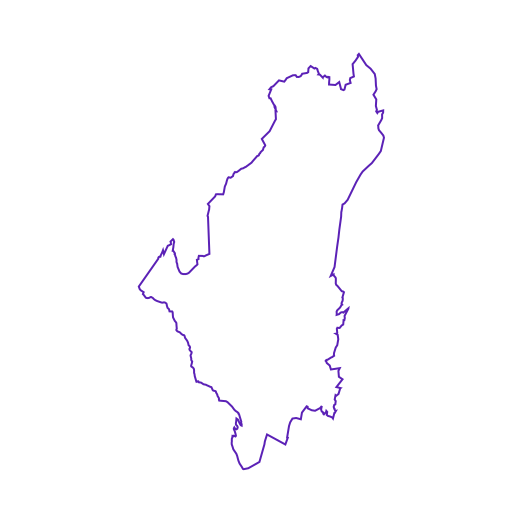 Ahuehuetitla, Puebla, Mexico, rotated 7°
{"feature_id": "50627088B39189624478389", "entity_name": "Ahuehuetitla", "entity_type": "district", "adm_level": 2, "iso_a3": "MEX", "parent_name": "Mexico", "parent_adm1": "Puebla", "projection": "equal_earth", "projection_center": [-98.198, 18.232], "detail": "fine", "context": "isolated", "style": "outline", "palette": "violet", "viewbox_px": 512, "rotation_deg": 7, "n_neighbors": 0, "source": "geoboundaries", "source_scale": "gbopen_adm2", "svg_char_len": 6089}
<svg xmlns="http://www.w3.org/2000/svg" viewBox="0 0 512 512"><g transform="rotate(7 256 256)"><path d="M342.7,404.9L344.6,402.2L344.7,401.2L345.7,402.1L345.6,405.1L347.0,406.0L348.7,406.2L351.3,406.9L352.2,407.9L352.9,402.3L353.3,402.2L354.2,400.0L353.7,400.2L352.5,398.4L352.5,398.0L352.2,397.9L351.5,396.3L351.8,394.3L352.8,393.6L352.8,390.3L351.6,388.8L351.9,384.6L352.5,385.1L354.7,382.9L355.7,377.1L356.0,376.8L351.8,376.3L356.9,367.8L353.0,365.8L351.8,360.0L352.8,357.1L344.2,359.5L342.5,355.7L339.3,353.6L338.6,352.2L337.9,351.6L338.0,351.3L338.3,350.9L339.0,350.4L339.5,350.4L342.9,347.6L344.2,346.9L344.4,346.5L345.7,345.5L345.3,344.0L345.3,342.6L346.3,337.1L347.1,335.5L347.5,334.7L347.8,328.6L346.7,324.3L344.8,323.4L345.9,323.1L346.0,322.4L345.1,318.4L345.5,317.3L347.4,317.3L347.8,317.2L349.5,314.5L350.9,313.4L350.8,309.9L350.7,309.0L351.5,308.9L351.7,306.8L351.2,304.7L354.1,297.0L354.1,296.6L349.6,301.5L349.0,301.2L347.6,301.5L346.9,301.9L345.5,303.6L343.2,304.6L343.2,303.6L342.8,301.5L342.9,300.9L343.3,299.9L345.1,297.7L345.5,297.2L346.1,296.1L346.8,294.3L347.5,293.8L346.7,292.9L346.8,291.6L347.4,290.0L347.4,288.3L347.2,287.0L346.8,286.7L347.7,281.2L346.7,280.6L345.4,280.5L341.8,277.0L340.4,275.7L339.1,274.8L338.5,273.5L338.2,270.3L338.0,268.7L337.6,267.7L335.5,265.8L335.3,264.8L332.6,266.7L335.3,257.4L335.4,236.9L335.6,227.6L335.5,219.5L335.7,206.6L335.3,201.8L335.4,201.5L335.6,198.0L335.6,194.4L337.5,193.0L340.1,189.1L346.5,170.4L349.9,162.3L351.6,159.1L356.7,153.0L359.7,149.6L365.5,139.7L367.1,136.6L368.6,123.0L367.7,120.9L365.3,118.5L362.7,116.1L361.9,114.4L361.5,112.1L361.3,111.6L363.7,106.0L364.4,103.8L363.9,100.1L364.7,98.2L364.5,96.0L359.6,98.0L359.0,99.3L357.7,97.8L358.2,96.2L356.7,92.5L356.3,85.9L352.9,81.6L354.7,77.9L355.4,75.7L354.3,72.3L353.1,65.3L351.7,60.9L346.9,56.1L342.2,53.1L333.5,42.9L332.5,44.3L333.0,45.9L330.9,50.0L328.5,53.8L330.5,63.0L331.3,65.9L327.9,67.9L327.7,69.9L328.8,72.7L324.1,75.1L323.5,80.0L322.6,80.7L320.0,80.0L319.7,79.0L317.4,73.2L314.0,76.6L307.6,76.9L307.4,74.7L307.3,71.8L307.0,69.5L305.6,69.4L305.3,70.0L304.2,69.8L302.4,68.5L301.1,69.9L300.5,70.3L300.5,70.8L297.3,68.2L295.9,68.2L296.3,67.6L294.6,64.5L294.2,63.3L293.9,62.8L292.0,62.1L291.1,62.8L287.1,60.8L285.2,63.4L285.4,67.2L284.3,68.1L279.6,69.5L279.4,70.2L278.4,72.1L276.6,73.1L274.7,73.3L273.3,71.7L270.7,72.1L264.8,75.8L264.1,77.3L262.8,79.5L257.4,78.9L252.5,85.4L252.3,85.4L250.4,86.7L249.1,88.8L250.8,88.8L249.0,95.5L250.1,97.8L251.3,97.7L253.0,100.4L255.6,104.0L256.1,104.2L257.2,105.7L257.4,106.6L256.6,106.5L258.6,109.8L257.7,109.8L259.1,117.8L258.4,119.3L254.3,130.5L247.5,139.1L251.7,145.0L251.5,145.8L251.2,146.4L250.4,147.2L249.9,150.0L249.0,151.0L247.7,152.7L247.6,153.5L246.9,154.1L246.6,155.5L246.2,156.1L245.1,156.5L241.1,162.4L240.2,163.9L234.7,169.1L234.2,169.2L232.6,170.5L230.7,171.2L228.2,173.8L226.7,175.1L225.2,175.4L224.9,175.2L224.6,175.5L224.4,176.2L223.7,177.4L223.4,179.5L221.3,181.4L219.2,181.2L218.8,181.7L218.3,182.8L217.9,184.7L217.5,187.9L216.6,190.8L216.3,196.6L215.9,198.8L209.8,199.4L208.7,199.7L208.2,201.8L201.9,210.2L203.7,212.2L203.8,215.7L203.6,216.9L203.0,222.1L203.6,223.0L209.5,259.6L206.4,261.4L204.8,262.5L204.2,262.7L203.3,262.4L199.3,262.8L199.1,264.3L199.3,266.1L197.8,267.0L198.9,271.5L198.0,272.6L196.8,273.8L191.5,280.8L190.2,281.8L188.5,282.5L185.8,282.8L183.9,282.5L182.0,280.8L179.5,276.4L178.6,273.0L178.2,272.5L177.8,271.5L177.6,269.6L176.8,267.3L176.6,267.0L176.2,266.5L175.4,264.5L174.9,264.0L175.2,263.2L173.3,261.0L172.7,261.0L172.9,257.3L172.8,254.0L173.1,252.0L172.2,250.0L171.5,249.4L169.4,252.1L169.8,252.9L170.2,254.7L168.3,256.0L167.2,256.6L164.4,265.4L163.0,261.6L162.4,264.0L161.4,266.9L161.2,268.4L160.8,268.5L160.8,268.1L159.6,268.9L159.3,269.5L159.3,270.7L143.4,300.6L144.6,303.0L145.8,304.1L148.9,305.6L148.4,307.6L149.2,308.2L151.6,310.7L152.2,311.0L153.7,311.0L154.7,310.7L155.5,310.3L156.3,309.6L157.0,309.5L158.8,310.3L159.8,311.2L161.4,312.1L163.2,312.7L167.8,313.7L169.1,313.7L170.3,313.2L171.4,313.3L172.9,314.1L173.3,315.0L173.5,315.9L174.5,318.2L176.1,319.4L176.4,320.1L176.9,321.5L178.5,321.4L179.4,321.2L180.1,321.9L180.7,325.0L181.1,326.9L181.5,327.6L183.3,330.3L184.9,331.8L185.2,332.6L185.5,334.4L186.2,337.7L185.9,339.1L186.6,339.9L187.3,340.4L189.6,341.0L190.3,341.5L191.1,342.2L192.4,343.0L193.2,343.3L194.1,343.3L194.7,343.8L195.6,345.9L196.4,346.8L197.2,347.6L198.2,348.8L199.1,350.3L200.0,352.8L201.3,353.8L201.7,354.9L201.6,355.6L201.3,356.0L201.3,356.7L201.5,357.2L202.8,358.5L203.8,359.2L203.9,359.8L203.7,361.0L203.2,362.3L203.2,362.9L204.2,365.5L204.4,367.0L204.7,367.6L205.5,368.4L205.4,370.0L205.0,372.8L205.2,373.5L205.9,373.9L206.8,374.3L207.5,374.9L208.0,375.5L208.3,376.3L208.5,377.2L208.8,379.6L209.3,380.6L209.9,382.8L212.2,388.1L212.6,388.1L213.0,387.9L213.6,387.4L214.0,387.4L214.6,388.3L214.9,388.4L215.8,388.3L217.0,388.4L219.5,389.7L222.0,389.9L223.3,390.4L224.4,390.7L226.1,391.3L227.7,391.6L229.4,394.4L230.0,394.8L231.9,395.0L232.6,395.3L233.1,396.5L234.4,398.2L234.8,399.4L235.2,400.0L236.3,401.3L236.7,402.3L236.7,403.1L237.1,404.0L243.8,403.8L245.5,404.5L250.6,408.4L253.2,411.2L254.7,412.3L256.5,413.2L257.6,413.9L257.7,414.6L258.4,415.0L259.0,416.4L261.6,422.3L261.5,423.2L262.3,424.9L262.4,426.1L261.5,425.8L260.3,424.3L258.0,420.6L256.4,419.7L256.5,422.5L256.4,424.4L256.7,425.9L257.9,426.8L258.7,428.1L258.5,429.7L257.7,430.4L256.5,430.2L255.4,428.8L255.0,429.8L255.2,430.8L256.1,432.1L257.3,434.9L258.0,436.9L257.6,437.6L255.9,437.1L255.6,437.6L254.6,437.4L254.6,439.2L254.3,440.0L254.4,441.8L254.6,442.5L254.6,444.0L254.8,445.7L255.2,446.6L255.7,447.6L257.1,450.7L260.6,454.7L261.7,456.8L262.6,459.1L263.5,461.3L265.0,464.0L267.5,466.9L269.0,468.9L269.7,469.1L274.2,467.6L284.5,460.0L287.3,442.0L287.4,438.9L288.7,431.8L308.1,439.5L309.7,432.5L309.0,432.4L309.5,420.7L310.2,416.9L312.0,412.9L315.6,411.9L320.4,412.6L320.7,405.8L324.6,399.0L325.6,399.3L325.9,400.9L330.1,402.3L333.5,402.4L338.2,399.1L339.6,396.9L339.3,400.4L340.2,402.3L341.6,403.0L342.0,404.4L342.7,404.9Z" fill="none" stroke="#5b21b6" stroke-width="2"/></g></svg>